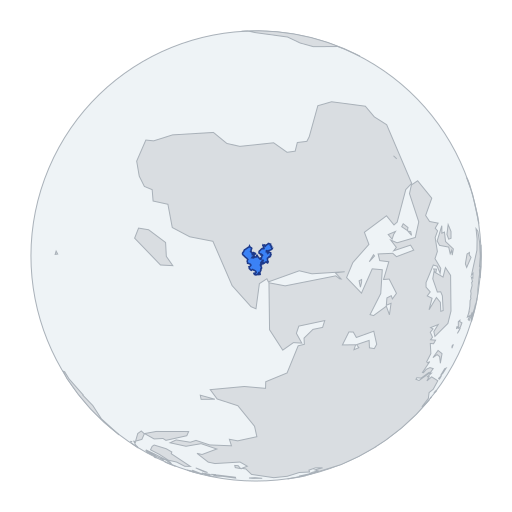 the Earth from above Oromiya, rotated 113°
{"feature_id": "ETH-3131", "entity_name": "Oromiya", "entity_type": "Administrative State", "adm_level": 1, "iso_a3": "ETH", "parent_name": "Ethiopia", "parent_adm1": "", "projection": "orthographic", "projection_center": [38.367, 6.948], "detail": "fine", "context": "on_globe", "style": "filled", "palette": "blue", "viewbox_px": 512, "rotation_deg": 113, "n_neighbors": 0, "source": "natural_earth", "source_scale": "10m", "svg_char_len": 12678}
<svg xmlns="http://www.w3.org/2000/svg" viewBox="0 0 512 512"><g transform="rotate(113 256 256)"><circle cx="256" cy="256" r="225" fill="#eef3f6" stroke="#a8b0b8"/><path d="M139.0,63.5L133.1,67.2L121.6,75.6L118.1,78.2L113.5,81.5L139.0,63.5ZM31.4,238.3L31.3,239.8L30.9,250.0L30.8,255.6L31.0,258.4L31.1,262.3L35.6,272.7L40.9,285.0L42.7,298.6L42.1,312.5L50.7,344.2L52.1,351.8L54.7,357.1L47.5,341.2L41.5,324.7L36.8,307.9L33.4,290.7L31.4,273.3L30.7,255.8L31.4,238.3ZM228.9,32.4L230.1,32.3L221.5,33.4L220.8,33.5L228.9,32.4ZM374.8,64.6L385.2,71.6L385.2,71.4L400.5,83.2L414.8,96.2L429.2,113.3L436.4,121.7L440.3,127.2L441.8,130.4L436.1,122.3L432.9,119.4L429.5,114.7L429.9,118.3L425.0,111.9L427.7,118.4L432.4,123.6L433.9,122.3L438.4,131.6L446.5,141.1L453.1,153.0L458.8,174.8L456.0,182.1L457.0,186.1L452.9,181.9L451.9,190.2L463.1,212.7L464.4,219.5L460.7,233.2L459.8,228.1L449.0,216.7L450.2,233.2L458.5,246.1L461.5,262.1L456.5,257.6L453.1,243.7L449.2,239.2L448.0,224.8L440.3,204.4L435.1,208.9L433.3,200.6L422.0,184.6L413.3,190.8L400.9,214.2L402.8,235.9L396.9,245.9L380.7,215.8L374.1,195.5L367.9,197.9L351.5,181.7L322.2,182.1L318.4,177.0L312.8,179.7L301.3,174.9L295.7,166.8L288.6,167.5L303.8,189.2L311.4,188.6L318.3,179.8L321.1,187.7L332.2,194.6L318.6,214.7L275.6,233.6L272.1,217.5L243.1,174.8L244.3,170.1L244.2,169.6L243.9,168.6L240.5,176.3L235.8,168.2L250.5,197.5L252.7,210.4L275.0,234.5L272.7,237.1L280.1,242.1L304.6,235.4L304.6,240.8L292.6,266.4L259.3,301.4L264.2,324.5L262.5,344.2L242.8,357.3L245.6,372.2L235.5,377.5L235.6,385.9L228.1,394.7L215.3,402.9L192.3,402.7L190.0,395.2L177.1,380.1L158.9,343.5L163.8,326.8L161.4,313.7L144.9,284.0L148.4,267.9L144.2,260.9L135.4,262.3L130.6,254.0L125.4,253.6L93.5,257.8L84.5,246.7L75.4,213.9L81.7,201.5L84.1,187.0L128.3,141.1L136.3,144.1L169.6,139.3L173.5,141.1L168.0,151.6L191.8,165.5L201.2,156.6L224.2,164.3L240.5,164.2L249.0,144.4L222.4,144.0L219.3,134.4L241.8,126.5L265.4,128.1L264.9,124.5L251.3,116.4L258.0,110.2L246.8,113.2L250.4,116.8L243.4,119.1L239.7,116.0L242.2,113.7L235.5,112.1L225.2,124.4L227.8,129.4L209.4,131.5L211.9,140.3L206.4,144.4L200.1,131.2L201.7,126.4L189.0,113.1L185.6,118.0L197.4,131.3L193.2,130.2L188.7,138.2L188.7,131.3L176.7,116.6L161.0,119.5L138.6,139.1L129.9,140.7L123.6,136.6L134.1,116.8L152.4,115.7L156.4,109.7L154.6,101.2L160.4,101.9L161.9,98.7L169.0,98.3L181.0,90.8L188.5,90.2L195.2,81.1L199.9,79.8L194.6,85.3L195.0,89.3L214.0,89.1L218.2,87.3L221.0,81.6L225.8,82.8L226.1,77.4L237.9,75.7L223.7,73.7L226.6,68.2L234.7,64.3L233.1,62.4L219.8,68.9L216.8,72.0L218.3,75.0L207.9,84.4L201.0,86.0L202.3,75.6L192.6,77.1L197.8,69.3L230.5,55.0L243.1,53.0L260.1,59.9L256.0,62.8L247.9,61.5L253.7,67.3L254.0,64.5L258.1,65.8L261.8,61.8L264.9,62.6L263.3,57.8L267.4,58.3L268.4,61.4L277.5,56.9L286.7,57.6L287.3,56.3L285.3,54.8L298.2,57.3L298.1,56.3L293.8,55.0L290.8,52.3L290.4,48.9L294.9,49.9L295.6,51.3L303.9,56.3L305.2,60.4L307.0,60.6L306.9,57.3L296.8,51.1L295.4,48.8L300.8,51.3L298.7,50.2L299.4,49.4L304.2,49.9L298.6,47.1L299.8,39.9L309.4,40.8L314.1,43.3L319.7,41.7L330.0,44.4L326.1,42.9L326.1,42.2L322.9,41.3L321.0,40.6L320.3,40.1L339.2,46.6L357.4,54.8L374.8,64.6ZM111.6,164.4L110.0,168.6L111.6,164.4ZM289.6,140.8L304.1,141.7L298.8,129.6L304.0,129.2L300.2,125.5L298.3,128.8L289.5,118.9L296.2,115.7L295.0,110.9L290.1,110.4L279.2,118.2L291.8,131.8L288.0,136.7L289.6,140.8ZM106.4,87.5L116.5,79.4L111.2,83.6L106.9,87.8L101.4,92.9L104.7,89.6L102.4,91.5L106.3,87.6L106.4,87.5ZM163.5,83.4L165.2,85.2L161.5,88.7L152.0,91.4L157.2,86.1L163.5,83.4ZM168.6,87.2L172.4,77.1L178.5,75.7L174.4,78.1L178.1,78.1L172.5,82.1L174.5,91.2L171.4,95.1L155.5,96.8L162.4,93.8L160.3,91.9L168.6,87.2ZM171.6,60.2L173.3,57.5L184.2,57.6L181.4,60.2L171.7,62.5L169.4,60.9L171.6,60.2ZM188.7,41.0L178.8,44.4L177.9,44.7L168.9,48.5L163.0,50.9L168.5,48.4L188.7,41.0ZM166.7,49.2L157.7,53.3L158.5,52.9L166.7,49.2ZM231.5,35.9L227.2,35.7L229.7,37.6L223.3,38.1L223.9,38.3L218.7,39.5L213.5,41.5L210.9,41.6L210.0,42.4L206.5,43.4L204.4,44.7L198.9,45.5L195.9,47.2L195.0,46.7L191.3,49.5L191.6,47.8L187.1,49.5L189.2,50.2L164.4,54.9L153.8,59.2L144.9,64.1L146.5,61.5L155.9,55.6L168.7,49.4L178.7,46.1L177.6,45.9L182.1,44.4L181.1,45.1L185.3,43.1L188.7,42.2L200.1,38.7L204.1,37.1L208.3,36.0L208.5,36.2L212.6,35.1L215.8,35.0L218.9,34.4L225.1,34.0L223.6,35.2L227.2,34.5L232.1,34.6L231.5,35.9ZM215.6,34.4L215.4,34.4L219.0,33.8L219.4,33.7L221.3,33.5L224.9,32.9L223.8,33.2L231.7,32.1L231.3,32.8L227.6,33.6L218.3,34.1L215.0,34.7L208.9,35.7L209.4,35.6L215.6,34.4ZM178.9,137.2L182.1,137.7L187.3,137.3L184.6,142.7L178.9,137.2ZM170.4,127.2L173.4,126.6L172.1,133.3L168.8,133.1L170.4,127.2ZM176.2,120.9L173.7,126.0L173.1,123.1L176.2,120.9ZM197.6,84.7L200.9,84.0L200.9,85.3L198.5,87.4L197.6,84.7ZM237.4,44.1L235.5,43.2L236.8,42.8L237.1,40.3L241.8,40.1L243.5,41.5L237.4,44.1ZM243.9,147.7L238.6,151.4L236.4,149.6L238.7,148.6L243.9,147.7ZM209.7,146.9L217.0,149.5L208.9,148.3L209.7,146.9ZM242.6,43.4L242.2,42.3L244.8,43.0L242.6,43.4ZM245.3,39.9L248.6,40.4L242.4,39.8L245.3,39.9ZM331.7,439.3L333.0,441.5L329.6,441.9L331.7,439.3ZM301.6,340.4L287.0,374.7L276.2,375.0L273.8,365.1L278.9,344.5L291.4,338.4L297.4,328.8L301.6,340.4ZM475.2,297.5L475.9,298.3L475.7,299.3L475.2,297.5ZM474.5,294.2L475.8,294.2L473.9,296.5L474.5,294.2ZM476.2,294.2L477.5,291.9L478.0,290.1L477.7,292.3L476.2,294.2ZM473.5,294.5L465.6,295.5L461.9,293.2L463.3,289.3L469.4,289.4L473.5,294.5ZM463.0,289.2L456.5,279.3L443.9,249.4L448.5,249.5L460.9,266.9L460.3,270.3L464.2,278.3L463.0,289.2ZM476.4,267.4L475.6,277.4L471.8,277.2L469.8,275.9L468.5,263.4L469.3,256.9L471.1,256.8L475.3,234.3L477.4,239.3L476.7,248.6L478.2,256.9L476.4,267.4ZM403.9,237.9L409.4,250.5L405.9,252.9L403.9,237.9ZM474.9,219.1L474.6,228.7L474.2,216.0L474.9,219.1ZM473.4,207.4L474.5,212.0L472.9,207.6L473.4,207.4ZM458.9,192.4L457.1,193.7L456.0,190.5L457.7,187.0L458.9,192.4ZM458.2,163.4L462.1,172.5L463.1,175.7L460.4,170.2L458.2,163.4ZM282.7,44.4L276.9,47.6L276.0,50.8L280.4,53.4L271.8,51.5L273.2,46.6L282.7,44.4ZM297.3,40.1L293.3,38.5L296.6,38.8L297.9,39.2L297.3,40.1ZM293.8,39.4L286.1,38.3L284.9,37.2L291.2,38.2L293.8,39.4ZM264.3,39.6L262.3,40.4L260.2,39.8L264.3,39.6ZM442.7,382.1L437.4,388.5L437.3,386.9L442.1,380.2L451.4,360.8L451.8,361.0L457.4,347.8L466.3,334.7L474.1,312.2L474.1,312.5L468.5,330.8L461.4,348.6L452.7,365.8L442.7,382.1ZM476.9,298.0L478.6,289.9L478.8,289.1L476.9,298.0ZM480.9,268.9L480.7,271.5L480.7,269.5L480.9,268.9ZM480.9,269.5L480.9,268.7L480.9,269.5ZM479.0,259.0L479.3,265.0L480.4,260.8L479.5,266.7L479.6,276.7L479.1,280.7L479.2,269.8L478.1,281.3L477.5,281.2L477.9,271.5L478.8,259.4L479.3,254.4L480.9,251.9L479.0,259.0ZM481.3,255.9L481.2,259.6L481.2,252.5L481.1,247.7L481.2,250.7L481.3,255.9ZM479.9,235.7L478.4,227.8L478.1,231.0L477.7,219.5L479.4,228.9L479.9,235.7ZM477.0,218.1L476.8,221.1L476.3,214.4L477.0,218.1ZM476.2,218.4L475.0,212.9L475.8,213.5L476.2,218.4ZM477.3,218.3L475.6,208.9L476.9,214.4L477.3,218.3ZM471.9,200.8L475.3,209.4L472.7,206.0L467.7,188.5L468.4,187.9L471.9,200.8ZM443.5,131.2L442.0,129.0L442.0,128.9L443.5,131.2ZM441.5,128.2L442.8,130.3L444.2,132.3L448.9,139.8L444.3,132.8L439.1,124.7L438.8,124.3L441.5,128.2ZM319.2,40.2L316.9,39.4L318.8,39.8L319.2,40.2ZM311.5,37.7L310.9,37.7L309.6,37.2L311.5,37.7ZM310.0,38.0L309.8,37.5L312.7,38.7L310.0,38.0Z" fill="#d9dde1" stroke="#a8b0b8" stroke-width="1"/><path d="M239.5,249.4L239.4,247.1L240.3,247.1L240.5,247.1L240.6,246.8L240.8,246.1L240.9,245.4L241.0,245.3L241.3,245.3L241.6,245.6L241.8,245.6L242.2,245.1L242.4,244.8L242.6,244.1L242.5,243.9L243.0,243.9L243.1,244.2L243.6,244.2L244.0,244.3L245.0,245.2L245.7,246.0L245.9,246.0L246.0,246.2L246.1,246.5L246.5,246.6L246.7,247.0L246.8,247.0L247.1,247.3L247.7,246.6L247.9,246.0L247.8,245.8L247.3,245.2L247.3,244.8L247.3,243.8L247.6,243.8L248.1,243.5L248.5,242.9L248.7,242.7L249.1,242.7L248.9,243.1L249.1,243.2L249.3,243.0L249.7,242.8L250.2,243.0L250.7,243.2L250.8,243.1L250.9,242.8L251.2,243.0L251.4,243.0L251.5,243.0L251.4,243.3L251.4,243.5L251.6,243.6L251.8,243.6L251.9,243.9L252.0,243.9L252.8,244.0L253.1,244.3L253.4,244.6L253.8,244.6L254.2,244.3L255.3,243.8L255.5,243.5L256.2,243.4L256.3,243.3L256.2,243.2L256.3,243.0L256.5,242.5L257.4,242.5L257.9,242.6L257.8,243.6L257.5,243.8L257.1,243.8L257.2,244.0L257.5,244.1L257.8,244.8L257.9,245.0L258.2,245.1L258.9,245.3L259.3,245.5L259.8,246.1L260.2,246.2L260.2,246.3L260.4,246.6L260.2,246.6L259.9,246.7L259.4,246.8L259.5,247.2L259.9,247.3L259.9,247.6L259.5,248.1L259.5,248.5L259.7,248.8L259.9,248.8L260.1,248.6L260.4,248.8L260.5,248.9L261.4,248.4L261.4,247.5L261.6,247.4L261.8,247.4L262.0,247.4L262.1,247.9L262.4,247.9L262.5,248.0L262.4,248.4L262.5,248.5L262.8,248.3L262.9,248.0L263.1,248.0L263.3,247.9L263.4,247.6L263.6,247.3L264.1,246.6L264.4,246.4L264.8,246.3L265.1,246.1L265.7,246.1L265.9,246.2L265.9,246.3L265.4,246.4L265.5,246.6L266.3,246.5L266.9,246.2L267.1,245.9L267.3,245.9L268.1,246.1L268.4,245.9L268.6,245.9L268.9,246.0L269.2,246.0L269.8,246.0L270.0,245.9L270.4,246.0L270.6,245.7L270.6,245.4L270.9,245.3L271.1,245.3L271.4,245.0L271.5,245.1L271.6,245.3L271.6,245.6L271.8,245.8L272.2,246.5L272.4,247.0L272.5,247.2L272.6,247.5L272.8,247.9L273.4,248.5L273.5,248.6L273.3,249.0L273.6,249.5L273.6,250.2L273.1,250.3L273.0,250.5L272.9,251.1L272.7,251.2L272.4,250.9L272.2,250.0L272.1,249.9L271.4,249.7L271.2,249.4L270.9,249.4L270.4,249.9L270.2,250.2L270.2,250.5L269.9,251.1L269.8,252.3L270.0,252.8L269.7,253.6L269.8,254.1L271.0,254.6L271.0,254.9L270.9,255.6L270.7,255.9L270.5,256.1L270.4,256.5L270.5,256.5L270.2,257.3L269.8,257.5L269.6,257.6L269.6,257.4L269.3,257.6L269.0,257.9L268.7,258.3L267.9,257.5L267.6,257.4L266.8,257.0L266.6,257.0L266.4,257.1L265.9,257.7L265.7,258.1L265.8,258.8L265.8,259.3L265.8,260.4L266.0,260.9L265.1,261.4L264.5,262.0L263.1,262.3L262.6,262.1L262.4,262.1L262.1,262.7L261.7,263.6L261.5,264.2L261.4,265.0L260.8,266.4L260.6,266.7L260.4,267.4L260.4,267.7L259.8,268.8L259.7,269.0L258.9,269.4L258.8,269.5L258.1,269.5L257.4,269.3L257.2,269.1L256.7,269.1L256.3,269.1L255.3,269.1L255.0,269.1L254.7,269.0L254.5,268.7L251.0,266.5L250.9,266.3L250.7,266.1L250.0,265.9L249.3,265.9L249.5,265.7L249.7,265.4L250.3,264.5L250.3,264.3L250.2,263.8L250.3,263.2L250.5,262.9L251.1,262.9L251.5,262.8L252.0,263.0L253.1,262.6L253.3,262.4L253.8,262.6L254.0,262.7L254.2,262.2L254.4,261.7L254.3,261.2L254.9,260.9L254.9,260.7L254.7,260.6L254.5,260.0L253.8,259.7L253.7,259.6L253.7,259.2L253.9,258.8L254.0,258.4L253.8,258.1L253.8,257.9L254.1,257.4L254.3,257.5L254.7,257.5L255.2,257.9L255.5,257.9L255.7,258.0L255.6,258.3L255.3,258.5L255.3,259.0L254.9,259.0L254.9,259.3L255.5,260.3L255.8,260.2L256.1,260.0L255.8,259.8L255.7,259.7L256.1,259.0L256.3,258.9L256.3,258.2L256.5,258.0L256.8,258.0L257.3,258.1L257.6,258.1L257.9,258.4L258.3,259.0L259.0,259.1L258.8,258.8L258.8,258.7L259.0,258.4L258.8,257.7L258.2,257.1L257.9,257.1L257.1,256.7L257.2,255.9L257.0,255.5L256.8,255.4L256.6,255.5L255.9,255.2L255.5,255.6L255.2,255.7L254.9,255.6L254.8,255.4L254.9,255.0L255.6,254.6L255.9,253.9L256.2,253.7L256.2,253.1L256.4,252.8L256.9,252.1L257.0,251.8L256.8,251.2L256.7,250.9L256.9,250.9L257.1,251.3L257.2,251.5L257.2,251.4L257.2,251.1L257.3,250.9L257.2,250.8L257.2,250.5L257.1,250.2L256.8,250.1L256.5,250.1L256.3,250.3L256.3,250.7L256.0,250.8L255.8,250.8L255.7,250.4L255.5,250.2L253.9,250.5L253.0,250.4L252.9,250.2L252.7,250.2L252.6,250.4L252.5,250.6L252.6,250.8L253.0,251.0L253.0,251.6L253.1,252.0L252.8,252.0L252.7,251.8L252.2,251.9L252.2,252.0L252.4,252.2L252.3,252.5L252.3,253.0L252.4,253.5L252.2,254.3L251.6,254.6L251.2,254.8L250.4,254.9L249.8,254.8L249.2,254.3L248.7,254.2L248.3,254.1L247.8,253.9L247.3,253.6L247.0,253.5L247.0,253.2L246.8,252.8L246.2,252.5L246.2,252.4L246.4,252.2L246.3,251.6L246.1,251.5L245.9,251.5L245.7,251.7L245.7,251.8L246.0,252.1L245.8,252.3L245.3,252.6L245.1,252.5L245.0,252.3L244.6,252.3L244.4,252.4L244.2,252.7L244.1,252.8L243.8,253.1L243.9,253.7L243.6,253.9L243.3,253.9L243.5,253.6L243.0,253.4L242.9,253.0L242.5,252.6L242.4,252.5L242.5,252.1L242.7,251.7L243.3,251.2L243.1,251.1L242.9,251.1L242.4,251.1L242.2,251.1L242.1,250.8L241.6,250.7L241.3,250.3L240.9,250.1L240.2,249.5L240.0,249.4L239.7,249.6L239.5,249.4ZM257.8,247.6L257.7,247.6L257.3,247.6L257.1,247.9L257.3,248.3L257.6,248.5L257.8,248.5L258.0,248.4L257.9,248.1L258.1,248.2L258.0,247.6L257.8,247.6ZM247.5,247.8L247.0,247.8L247.0,248.0L246.8,248.2L246.9,248.4L247.0,248.5L247.3,248.5L247.4,248.4L247.6,248.6L247.8,248.8L247.7,248.6L247.6,248.4L247.7,248.0L247.5,247.9L247.5,247.8ZM271.1,247.1L271.1,246.8L271.1,246.4L270.8,246.4L270.6,246.4L270.4,246.7L270.3,247.0L270.6,247.0L270.8,247.0L271.1,247.1ZM248.6,246.5L248.5,246.2L248.8,246.0L248.5,245.9L248.3,246.0L248.4,246.6L248.5,246.5L248.6,246.5ZM247.9,248.2L248.1,248.1L247.9,247.9L247.7,248.1L247.9,248.2Z" fill="#3b82f6" stroke="#1e3a8a" stroke-width="1.5"/></g></svg>